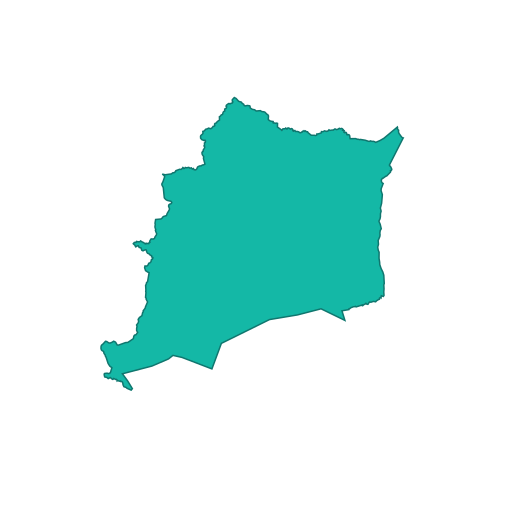 outline of Totoltepec de Guerrero, Puebla, Mexico, rotated 39°
{"feature_id": "50627088B53187609917147", "entity_name": "Totoltepec de Guerrero", "entity_type": "district", "adm_level": 2, "iso_a3": "MEX", "parent_name": "Mexico", "parent_adm1": "Puebla", "projection": "albers", "projection_center": [-97.868, 18.283], "detail": "fine", "context": "isolated", "style": "filled", "palette": "teal", "viewbox_px": 512, "rotation_deg": 39, "n_neighbors": 0, "source": "geoboundaries", "source_scale": "gbopen_adm2", "svg_char_len": 6150}
<svg xmlns="http://www.w3.org/2000/svg" viewBox="0 0 512 512"><g transform="rotate(39 256 256)"><path d="M365.6,250.1L357.3,244.5L361.9,239.2L361.5,238.6L361.9,238.2L362.3,236.5L363.6,234.2L364.6,233.2L364.9,232.6L365.8,232.6L369.4,227.2L369.8,227.7L370.2,227.5L370.4,226.0L371.1,224.7L371.2,223.6L372.6,223.7L373.4,223.1L373.1,220.4L374.4,219.6L375.8,217.4L377.8,216.3L377.9,214.8L378.8,212.3L379.1,212.1L379.1,211.7L378.5,211.0L378.7,210.3L379.0,209.9L379.5,209.9L378.4,208.0L380.4,207.3L380.3,206.1L377.9,203.5L376.2,201.0L373.5,198.0L373.0,196.7L367.4,190.5L364.6,188.6L361.1,187.0L357.6,184.8L356.0,183.0L353.1,180.4L349.3,175.6L347.4,174.6L345.0,172.5L343.8,169.8L341.2,167.1L340.0,163.0L339.1,161.5L337.8,160.2L336.5,158.0L336.2,156.0L332.6,153.2L329.9,151.8L329.4,151.0L329.0,149.1L328.0,147.2L326.1,144.8L325.0,142.4L322.5,140.5L320.4,135.9L315.6,128.8L312.1,126.5L310.9,124.8L309.2,119.6L308.3,119.8L306.9,119.4L305.5,118.0L305.3,116.1L305.7,115.9L306.7,112.2L307.2,111.6L307.7,106.2L307.4,105.5L306.8,105.1L307.2,104.4L307.2,103.5L306.4,102.8L304.0,101.7L303.0,101.8L302.4,101.3L296.1,71.6L295.6,71.9L294.3,71.9L289.8,70.7L288.2,69.4L287.7,68.5L286.0,68.4L285.5,67.4L284.7,66.8L281.3,84.0L279.7,88.2L277.5,92.4L276.3,92.5L274.9,93.1L274.2,93.8L272.4,94.6L272.5,95.1L271.4,96.0L268.0,97.3L263.8,99.7L263.4,100.3L261.6,101.1L261.3,101.6L259.6,102.0L255.3,105.6L253.0,103.5L252.4,103.3L251.7,103.3L250.7,104.3L250.2,104.5L249.3,103.6L248.2,103.3L247.7,103.5L247.4,104.3L246.6,104.4L246.3,104.4L245.8,103.1L245.1,103.2L244.3,103.7L244.2,102.9L242.8,102.8L242.2,103.0L241.4,104.1L240.4,104.3L239.8,106.1L238.9,107.2L237.4,107.5L236.7,109.7L236.0,110.1L234.4,111.9L233.3,112.0L233.2,113.9L232.5,114.4L232.2,115.0L230.6,115.5L229.7,117.4L228.6,118.1L229.2,119.4L227.4,122.1L226.5,122.8L227.1,123.9L226.4,125.0L225.6,125.3L222.9,127.4L218.9,127.4L217.9,127.0L217.2,127.6L215.6,127.7L215.5,128.4L214.5,128.4L214.5,128.9L213.9,129.3L213.8,130.8L213.4,131.0L213.4,131.6L212.7,132.5L210.9,132.7L209.6,133.3L208.5,134.3L207.2,134.0L206.6,135.4L205.7,135.4L205.6,134.8L204.2,134.4L203.3,134.7L202.8,135.8L201.3,135.8L200.4,136.2L200.2,136.4L200.2,137.8L199.8,138.0L198.6,137.8L198.4,138.9L196.9,140.2L197.0,142.1L195.7,142.0L191.5,142.3L189.3,139.4L188.5,139.6L187.7,140.6L186.9,140.8L185.8,141.6L185.4,141.7L184.7,140.7L182.3,142.1L179.9,142.3L179.6,142.2L177.6,139.3L176.1,138.7L175.2,139.0L172.6,138.6L171.5,138.9L169.6,140.1L167.9,140.3L164.9,143.2L162.9,143.2L160.9,144.3L158.4,144.6L157.0,143.3L156.5,143.3L154.6,144.4L153.2,146.1L152.3,146.5L150.8,145.8L149.3,146.1L147.9,145.6L145.2,146.7L141.4,146.1L139.4,146.5L139.2,149.4L140.0,150.5L141.1,150.8L141.2,152.4L140.6,152.8L140.1,154.1L139.1,154.4L138.7,154.9L138.1,157.3L138.4,158.4L139.3,158.5L139.9,160.1L139.2,161.5L140.5,163.0L140.0,164.0L140.0,164.9L140.9,167.1L140.2,168.2L140.3,169.6L139.9,170.8L142.1,173.3L141.4,175.6L141.3,176.7L141.5,177.4L140.7,178.8L140.8,179.6L142.0,180.7L141.7,181.7L141.1,182.1L141.2,183.9L140.8,185.5L138.6,186.5L138.2,187.7L137.1,189.2L137.1,190.7L136.7,192.4L136.3,192.7L137.5,193.9L137.7,194.8L137.3,197.0L137.5,197.8L138.8,199.3L140.6,199.7L143.1,198.9L143.4,198.1L144.4,198.4L145.1,199.6L144.8,200.6L146.4,202.5L146.3,203.2L147.6,203.5L148.1,204.9L148.2,206.6L149.1,208.1L148.7,208.5L149.0,209.8L150.4,211.0L152.8,211.7L153.8,213.3L158.5,216.7L157.9,218.2L157.0,219.1L156.7,220.4L155.5,221.5L154.8,222.9L154.6,223.7L155.2,225.7L154.9,227.1L153.6,227.9L152.3,227.4L151.8,228.5L150.2,228.2L149.4,229.4L148.0,229.4L146.5,231.2L145.3,231.7L145.3,232.9L144.8,233.5L144.3,233.6L144.0,233.2L143.5,233.2L143.6,234.2L143.3,235.9L142.1,236.6L140.0,240.1L140.3,241.1L139.9,242.8L138.9,243.8L138.6,245.4L134.3,250.0L131.6,251.3L133.8,251.3L135.1,251.8L136.9,256.7L137.5,259.3L138.2,260.0L140.9,261.2L148.1,268.5L150.1,268.9L151.2,268.8L152.4,268.5L155.4,267.0L156.8,267.3L157.1,268.2L157.0,269.0L156.3,270.0L156.1,271.3L156.7,272.3L159.0,273.7L159.6,274.8L160.2,278.9L161.0,280.9L159.3,283.4L159.0,284.6L159.2,285.6L158.8,287.1L155.0,290.8L156.9,294.1L157.9,294.9L158.8,296.5L159.6,297.4L161.4,298.5L161.6,299.3L162.9,300.2L164.7,301.1L165.4,302.5L165.4,304.3L166.0,306.3L165.4,307.6L164.2,308.3L163.7,309.0L164.1,311.5L165.0,312.2L164.6,312.9L164.8,313.9L164.1,314.1L163.4,315.2L162.5,315.2L162.3,316.3L160.0,316.3L159.6,316.6L156.8,316.9L156.7,318.0L155.8,318.9L155.0,319.2L154.3,320.3L154.1,320.2L154.2,321.0L153.6,321.2L152.9,322.1L152.9,323.7L155.5,323.9L156.3,324.5L156.8,324.6L157.6,322.5L158.0,322.1L159.8,322.9L161.5,322.1L163.6,323.4L164.7,323.2L165.1,322.9L165.4,321.8L165.8,321.5L166.2,320.7L166.6,320.4L167.5,320.7L168.3,321.5L169.9,322.1L171.8,321.6L172.8,321.9L174.7,321.5L175.4,322.4L176.8,322.1L177.3,322.9L177.5,323.9L177.0,324.2L177.1,325.0L178.0,326.4L177.8,328.4L177.2,329.2L177.7,330.6L177.6,332.1L177.3,332.7L176.0,333.6L176.8,335.2L179.4,336.9L182.2,336.6L183.4,336.2L187.9,344.2L187.7,345.6L188.4,346.9L188.7,348.3L191.8,351.7L192.8,353.2L193.4,353.5L196.2,357.7L197.4,358.0L197.8,358.7L200.4,359.8L200.7,360.1L202.1,365.1L202.7,366.3L202.8,369.6L203.5,370.2L203.5,371.3L204.9,374.2L204.1,377.1L204.3,379.4L205.9,380.7L206.5,382.1L206.6,384.8L207.8,385.5L208.8,387.4L210.2,389.1L212.1,389.8L212.3,392.7L211.4,393.9L211.5,395.2L212.7,397.4L210.8,403.8L209.1,405.4L205.2,411.8L204.1,412.5L201.3,411.4L200.5,411.4L199.0,411.8L198.5,413.4L197.4,415.5L196.2,416.2L193.8,416.4L192.7,417.0L192.5,420.5L192.1,422.5L192.4,423.6L193.6,425.3L194.8,426.2L195.8,426.4L197.6,426.1L199.3,427.4L201.0,427.8L201.8,428.5L203.3,429.1L208.7,432.6L211.7,433.6L214.3,433.5L216.1,437.9L216.2,438.8L215.5,440.1L214.0,440.8L212.3,442.5L212.2,442.9L212.7,443.8L214.5,445.2L216.7,444.2L218.3,444.3L219.2,442.2L222.1,442.2L222.5,441.9L222.5,440.7L224.6,440.3L225.2,439.7L225.9,439.8L226.7,440.5L226.9,439.8L228.6,439.3L229.4,438.4L229.9,438.6L230.0,438.3L231.4,438.0L233.0,439.0L233.6,439.7L235.6,440.7L237.8,439.9L239.1,440.0L243.4,438.8L243.4,436.9L234.7,433.8L226.3,431.6L244.4,407.0L252.8,391.0L254.0,385.5L262.3,381.4L292.8,371.5L284.2,346.1L284.2,345.4L306.5,296.9L325.3,275.7L339.8,256.1L365.6,250.1Z" fill="#14b8a6" stroke="#0f766e" stroke-width="1.5"/></g></svg>